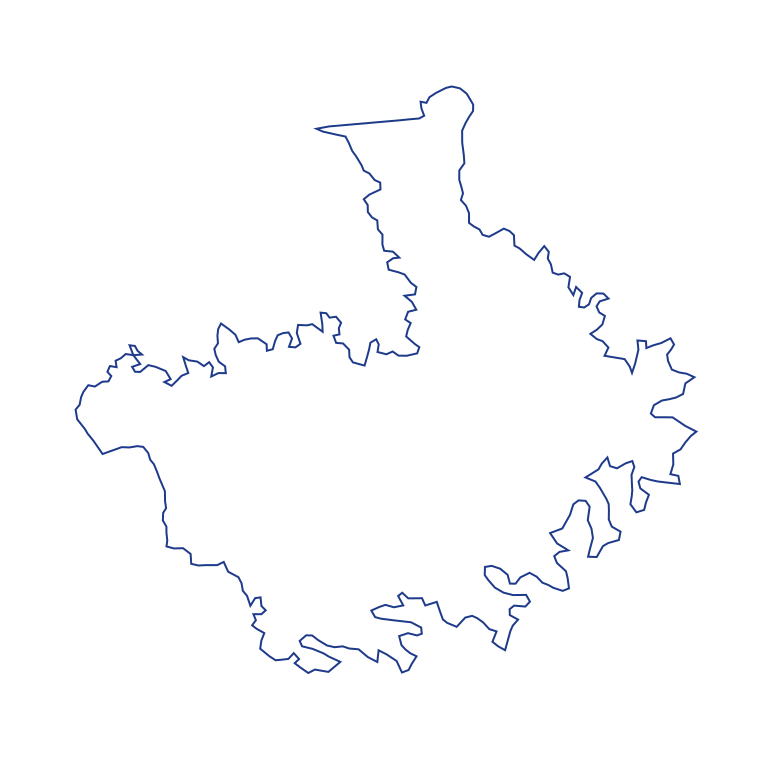 the district of Marquinho, Paraná, Brazil, rotated 174°
{"feature_id": "56859067B92570894307913", "entity_name": "Marquinho", "entity_type": "district", "adm_level": 2, "iso_a3": "BRA", "parent_name": "Brazil", "parent_adm1": "Paraná", "projection": "mercator", "projection_center": [-52.258, -25.123], "detail": "fine", "context": "isolated", "style": "outline", "palette": "blue", "viewbox_px": 768, "rotation_deg": 174, "n_neighbors": 0, "source": "geoboundaries", "source_scale": "gbopen_adm2", "svg_char_len": 5716}
<svg xmlns="http://www.w3.org/2000/svg" viewBox="0 0 768 768"><g transform="rotate(174 384 384)"><path d="M678.2,413.7L683.8,407.6L686.6,402.6L688.9,395.1L693.4,390.8L692.8,381.0L686.3,370.7L683.8,365.4L678.9,357.9L671.2,343.8L651.5,348.6L643.6,347.5L635.9,348.0L630.0,346.6L625.7,340.0L624.4,333.1L621.2,328.2L619.0,320.8L617.1,313.3L613.1,300.3L614.0,290.4L613.7,283.3L617.1,278.9L618.2,271.4L615.3,264.9L615.9,259.1L615.9,251.0L617.3,245.2L610.1,242.4L601.0,241.7L594.1,235.2L594.5,225.3L587.6,222.9L580.2,222.5L568.8,221.3L562.0,223.8L558.6,213.6L549.0,207.1L546.5,200.8L546.0,193.1L542.3,187.5L540.1,177.4L534.5,184.5L529.1,184.7L529.1,176.0L525.3,171.3L530.0,167.9L537.9,168.7L536.1,162.4L540.4,157.8L536.2,153.8L529.1,148.8L532.8,141.6L534.8,133.7L526.4,125.2L520.7,120.6L514.0,120.5L507.8,120.6L501.9,125.8L497.2,119.3L502.0,115.7L496.6,110.6L489.5,104.5L482.6,107.2L469.4,103.5L456.5,112.2L467.6,118.8L471.9,122.2L482.6,128.0L492.9,131.7L494.7,137.3L487.7,142.2L481.7,141.4L476.4,136.3L468.0,129.9L460.6,127.4L452.5,127.4L446.3,124.6L437.0,122.8L428.6,114.1L419.7,108.2L417.2,119.7L409.9,115.0L400.4,107.2L396.3,95.2L389.4,97.0L386.0,102.3L380.1,109.8L385.9,113.4L390.4,117.7L393.9,122.4L395.3,131.7L386.2,133.7L377.5,130.5L372.5,131.7L372.5,137.9L382.0,144.2L398.3,147.8L411.5,150.9L417.2,153.1L420.3,160.0L411.8,162.8L405.6,164.2L397.5,160.9L388.0,161.8L392.1,171.7L387.7,174.5L382.3,168.3L376.2,167.7L368.6,167.0L366.1,159.4L354.3,161.8L352.0,151.5L350.0,143.6L346.1,139.8L337.1,134.9L327.6,143.2L320.6,144.2L315.8,141.4L310.2,136.4L304.9,129.2L297.9,126.2L303.1,116.3L297.9,111.2L291.4,106.6L284.1,125.2L281.2,130.2L275.3,135.7L283.0,141.0L282.6,146.9L277.8,150.0L266.7,147.9L261.6,152.3L264.7,159.4L277.8,160.6L286.9,164.0L295.0,169.9L300.7,178.0L303.8,183.5L302.7,191.5L295.9,191.9L287.7,188.1L281.0,181.3L279.6,172.3L274.0,171.7L268.6,177.4L259.0,181.0L252.3,176.4L247.3,169.9L241.7,167.0L236.9,163.6L227.9,159.6L221.4,161.4L221.7,172.1L222.6,178.8L230.7,187.9L232.7,195.0L226.9,198.7L218.1,199.3L228.5,207.3L234.4,218.4L221.7,221.7L218.1,226.9L212.7,234.4L208.3,244.5L202.7,247.9L195.7,246.7L192.3,240.5L195.6,227.2L192.8,218.5L192.3,209.1L196.2,199.0L199.1,190.9L190.5,189.7L183.2,199.9L177.6,202.4L166.7,204.3L164.2,212.4L172.4,218.4L174.6,225.9L173.5,235.0L173.1,241.1L174.8,246.4L180.1,258.1L183.9,264.9L193.4,270.0L179.6,276.7L175.7,282.1L169.5,287.6L167.8,278.7L161.1,275.8L151.8,279.9L145.1,281.4L143.7,275.3L147.3,267.8L147.9,258.5L148.2,252.3L149.3,246.7L151.5,238.7L146.4,230.0L138.4,231.6L135.8,238.9L132.1,246.1L140.0,253.4L141.1,260.3L137.5,264.4L128.8,260.7L122.1,258.5L115.1,256.9L100.2,253.6L100.9,261.9L108.6,264.4L104.7,273.7L103.8,284.6L95.9,288.0L90.7,294.1L84.2,300.3L78.3,304.0L88.9,310.9L100.5,320.7L117.9,322.6L121.7,326.7L117.8,334.7L109.4,338.5L101.6,339.1L95.1,340.0L87.6,342.8L84.2,353.1L74.6,358.3L81.9,362.6L89.2,364.6L96.2,368.2L99.1,377.2L99.4,383.6L94.8,388.4L91.4,393.0L94.3,399.5L103.9,395.8L112.3,394.3L119.3,392.3L119.0,399.2L127.4,400.8L127.4,391.5L132.2,377.8L136.2,369.1L137.8,375.7L142.1,383.6L161.7,389.0L157.0,396.8L162.2,403.8L167.6,406.4L173.5,412.3L166.7,415.7L160.6,420.4L157.2,428.6L162.5,432.7L164.5,439.0L160.9,443.6L151.8,445.5L156.3,451.0L163.1,451.9L169.0,447.9L171.8,441.8L176.9,439.2L182.1,440.4L180.8,447.0L177.4,453.9L182.8,460.4L186.4,452.6L190.5,460.9L187.8,471.1L193.2,475.2L199.3,474.6L204.6,477.1L205.5,485.5L208.0,491.6L206.3,498.2L210.2,504.4L216.7,498.1L221.7,491.7L229.0,498.2L234.9,504.6L239.8,508.0L239.2,518.4L243.2,523.0L248.6,526.0L257.9,522.0L264.2,519.5L270.3,522.0L272.9,527.7L277.9,531.1L282.6,535.3L281.6,545.0L283.8,552.7L288.3,558.9L285.5,565.4L286.4,571.7L287.8,579.2L286.8,588.5L281.0,595.1L280.7,603.6L281.0,615.7L279.8,627.8L275.6,635.0L271.5,640.7L266.9,646.2L266.1,652.6L271.4,664.1L277.6,670.1L285.5,672.8L291.4,672.0L302.0,668.0L308.8,664.5L312.4,659.2L318.1,660.9L318.0,654.2L316.0,646.6L321.2,644.4L332.1,644.6L340.2,644.6L361.8,645.0L411.8,645.9L424.4,644.9L418.6,641.5L406.3,637.3L396.4,634.1L393.9,627.8L391.3,619.2L387.9,613.3L383.5,604.0L381.8,598.3L376.5,594.9L372.0,587.8L366.7,584.7L367.2,577.9L378.7,573.9L384.8,569.9L381.5,563.6L382.1,556.7L378.5,550.9L373.6,547.4L373.9,538.5L369.9,532.7L371.0,523.0L369.9,516.5L361.3,514.7L355.6,508.1L361.8,508.1L368.1,504.7L367.4,497.2L357.7,493.5L352.0,490.7L346.6,481.7L341.6,477.1L343.8,469.9L354.3,469.6L347.7,462.8L344.1,454.5L352.5,453.3L356.2,446.0L351.1,441.8L354.8,435.2L357.0,429.0L349.2,420.6L345.0,416.9L347.8,411.0L358.5,409.7L366.6,410.7L372.0,415.4L378.5,413.3L387.1,416.5L385.1,424.0L387.1,429.3L393.2,426.5L395.3,419.7L398.1,412.5L401.4,404.4L406.7,406.4L412.7,408.8L415.5,414.3L415.1,421.8L420.5,428.6L427.3,429.9L429.2,437.3L423.1,438.0L423.1,444.2L420.3,449.4L424.7,455.9L431.2,455.7L434.0,460.4L439.6,461.6L439.1,449.7L439.6,442.4L449.1,451.0L454.5,450.4L463.3,451.7L465.4,443.8L462.9,432.7L468.2,429.7L474.6,430.9L470.7,438.9L473.5,445.2L478.9,445.2L484.6,443.6L487.9,438.0L491.0,430.2L497.0,429.3L496.6,435.8L504.7,442.6L511.5,443.2L518.0,442.6L524.1,440.8L526.6,448.5L532.3,454.5L539.8,461.2L543.2,455.9L544.6,449.5L544.9,441.8L549.1,436.7L548.3,430.3L546.0,423.4L540.2,418.2L540.2,411.3L547.5,412.2L555.0,409.5L552.4,418.4L555.6,424.0L561.2,420.6L567.3,425.8L575.7,428.0L580.9,431.7L579.2,423.0L577.5,415.4L584.5,413.3L588.7,409.7L595.4,404.4L602.2,408.9L595.7,411.1L599.7,419.7L609.5,425.0L616.4,427.4L620.9,424.4L625.2,421.5L630.3,422.2L632.7,427.4L624.4,429.3L630.3,438.9L637.7,440.8L643.1,437.1L648.5,435.2L648.2,428.7L654.7,430.5L657.8,425.0L654.4,420.4L657.8,415.4L664.0,415.7L671.8,411.7L678.2,413.7ZM630.3,438.9L621.6,438.6L625.5,442.6L627.8,447.9L633.0,449.1L630.3,438.9Z" fill="none" stroke="#1e3a8a" stroke-width="2"/></g></svg>